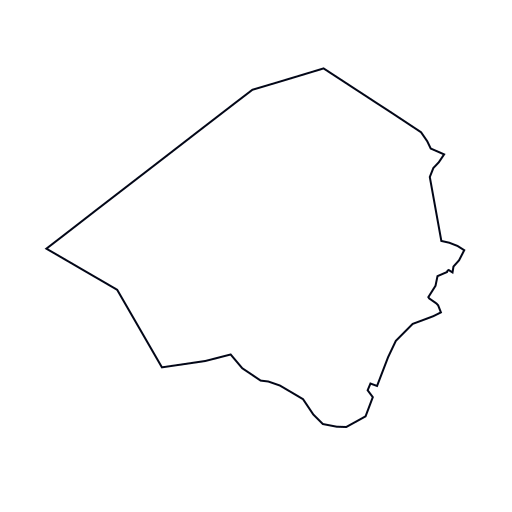 the district of Kukawa, Borno, Nigeria, rotated 264°
{"feature_id": "59680162B26946733152657", "entity_name": "Kukawa", "entity_type": "district", "adm_level": 2, "iso_a3": "NGA", "parent_name": "Nigeria", "parent_adm1": "Borno", "projection": "natural_earth1", "projection_center": [13.658, 13.111], "detail": "fine", "context": "isolated", "style": "outline", "palette": "ink", "viewbox_px": 512, "rotation_deg": 264, "n_neighbors": 0, "source": "geoboundaries", "source_scale": "gbopen_adm2", "svg_char_len": 903}
<svg xmlns="http://www.w3.org/2000/svg" viewBox="0 0 512 512"><g transform="rotate(264 256 256)"><path d="M435.5,342.8L432.2,325.6L429.6,312.0L423.6,280.1L421.7,269.8L410.1,250.8L389.8,217.8L381.9,205.0L362.5,173.6L318.3,101.8L299.2,71.0L285.2,48.3L236.9,114.4L155.1,150.8L156.9,194.7L160.7,220.5L145.8,230.6L131.6,247.6L129.9,255.1L124.7,266.2L108.7,287.8L92.4,296.4L81.9,304.9L77.8,318.4L76.5,327.9L85.1,348.2L103.4,357.4L110.8,353.0L117.2,356.5L114.1,362.8L141.6,376.8L157.0,386.2L172.1,404.7L177.6,426.0L180.6,434.0L187.9,432.0L189.9,430.5L195.7,423.8L197.1,423.1L207.6,431.4L217.0,434.4L220.1,444.3L220.8,444.6L221.5,445.2L221.9,446.2L219.1,449.7L224.9,451.3L230.5,457.5L240.0,463.7L244.9,457.5L249.0,449.6L251.6,441.9L316.4,437.1L325.0,441.6L330.1,447.6L337.4,453.7L344.6,441.0L352.2,438.3L361.8,433.1L384.2,405.9L396.6,390.6L435.5,342.8Z" fill="none" stroke="#020617" stroke-width="2"/></g></svg>